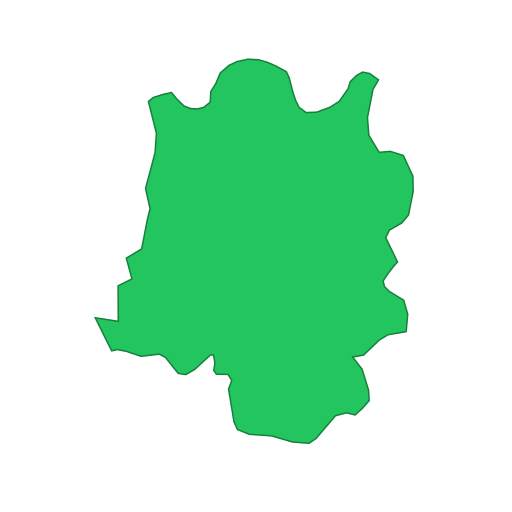 Spitak, Lori, Armenia (Albers equal-area conic projection), rotated 258°
{"feature_id": "60910142B40000384571079", "entity_name": "Spitak", "entity_type": "district", "adm_level": 2, "iso_a3": "ARM", "parent_name": "Armenia", "parent_adm1": "Lori", "projection": "albers", "projection_center": [44.201, 40.853], "detail": "fine", "context": "isolated", "style": "filled", "palette": "green", "viewbox_px": 512, "rotation_deg": 258, "n_neighbors": 0, "source": "geoboundaries", "source_scale": "gbopen_adm2", "svg_char_len": 1558}
<svg xmlns="http://www.w3.org/2000/svg" viewBox="0 0 512 512"><g transform="rotate(258 256 256)"><path d="M429.5,182.9L396.7,184.1L377.9,178.7L345.0,162.0L324.3,162.2L314.9,157.6L286.7,145.6L280.9,128.7L259.4,129.9L255.5,114.9L220.7,107.7L229.0,85.9L193.2,95.1L193.3,100.9L192.3,103.2L189.8,109.1L181.8,122.7L180.1,140.9L175.7,146.3L157.3,155.5L154.6,162.8L157.9,172.7L168.9,191.2L167.5,193.9L159.9,193.5L152.7,190.9L148.6,192.7L146.0,204.0L139.3,206.4L131.6,201.5L98.8,200.0L98.7,199.9L90.1,201.8L83.0,212.3L76.9,233.6L66.5,253.0L61.8,268.9L65.0,276.8L67.7,280.3L83.2,300.5L83.8,311.9L79.9,319.9L84.8,328.3L91.0,336.6L96.0,337.4L101.1,338.2L110.5,337.4L123.1,336.3L137.1,329.5L136.7,340.6L146.2,356.0L148.3,359.4L151.5,368.7L150.8,387.2L167.5,392.3L182.0,391.3L186.8,386.2L193.8,378.9L199.4,375.3L205.2,375.2L210.6,380.6L217.5,388.7L220.7,393.2L247.0,386.7L253.6,392.0L258.0,405.5L264.4,413.7L286.8,423.3L287.7,423.4L301.4,426.1L323.7,421.0L330.2,409.5L330.4,409.2L331.8,398.0L350.7,391.5L368.2,393.8L394.7,405.1L402.8,412.5L410.9,405.1L413.7,398.5L411.7,391.9L407.0,384.5L400.4,380.8L399.8,380.1L396.8,376.9L390.0,369.6L386.1,359.2L385.5,355.0L384.1,345.2L385.9,334.8L392.4,329.1L399.9,327.1L409.3,326.1L421.6,325.6L423.1,325.6L429.9,324.0L436.2,316.7L437.3,315.5L442.8,307.9L447.4,299.4L450.2,289.0L450.1,277.7L448.1,269.3L442.4,259.0L433.0,252.5L426.3,246.0L416.0,243.2L412.2,235.7L412.1,229.2L413.9,222.6L417.6,216.9L423.3,213.0L426.0,211.2L433.5,207.3L433.4,198.9L432.4,188.5L429.5,182.9Z" fill="#22c55e" stroke="#15803d" stroke-width="1.5"/></g></svg>